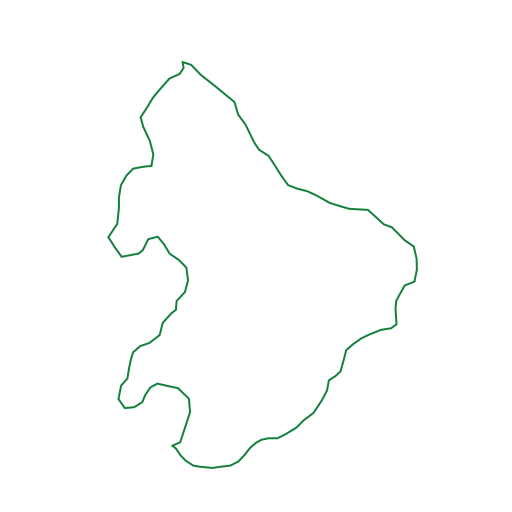 Jabrayil District, Cəbrayıl, Azerbaijan, rotated 261°
{"feature_id": "54616110B25171122868047", "entity_name": "Jabrayil District", "entity_type": "district", "adm_level": 2, "iso_a3": "AZE", "parent_name": "Azerbaijan", "parent_adm1": "Cəbrayıl", "projection": "natural_earth1", "projection_center": [46.975, 39.317], "detail": "fine", "context": "isolated", "style": "outline", "palette": "green", "viewbox_px": 512, "rotation_deg": 261, "n_neighbors": 0, "source": "geoboundaries", "source_scale": "gbopen_adm2", "svg_char_len": 1630}
<svg xmlns="http://www.w3.org/2000/svg" viewBox="0 0 512 512"><g transform="rotate(261 256 256)"><path d="M81.7,143.8L78.2,146.9L70.7,150.4L64.5,154.8L58.6,161.6L56.6,167.8L53.5,179.8L53.4,187.3L53.0,197.9L55.8,206.5L62.0,214.4L67.3,220.0L71.6,227.0L73.7,232.8L74.0,240.0L72.6,248.8L75.3,257.1L80.3,269.3L86.1,277.1L92.0,288.2L103.2,298.5L112.0,305.1L121.7,308.5L125.0,315.7L125.5,316.5L128.8,321.4L139.4,326.3L148.8,330.3L153.5,337.7L158.2,347.2L160.6,355.2L163.5,367.8L163.5,378.1L166.5,384.1L169.8,384.4L181.8,385.5L190.0,387.6L203.6,398.2L205.9,408.5L217.4,412.8L228.3,414.2L240.7,413.3L248.3,405.3L263.1,394.7L267.2,387.3L284.0,373.8L288.1,355.2L292.2,346.6L296.9,337.1L306.6,324.8L312.2,316.3L316.0,307.4L321.0,298.8L331.0,293.7L339.9,289.9L352.8,284.2L360.5,275.6L368.7,271.9L387.5,266.2L398.4,260.5L411.4,258.8L430.5,241.9L443.4,229.9L454.9,221.9L459.0,213.9L453.1,213.9L447.8,209.1L444.8,198.2L433.9,185.1L428.3,178.8L419.8,171.7L411.0,163.7L401.3,164.8L386.6,169.1L372.4,170.5L361.3,166.8L361.8,158.8L361.5,148.3L355.7,140.6L347.1,133.7L335.1,129.7L325.6,128.3L309.5,124.0L297.5,113.0L295.1,114.3L287.1,117.7L276.2,123.2L276.8,140.6L279.5,145.1L289.5,152.3L290.4,162.0L282.4,166.8L271.8,171.1L263.9,179.4L255.4,185.4L242.7,185.1L231.5,180.2L223.9,170.5L215.4,168.5L212.4,163.1L204.5,153.4L193.0,148.5L186.8,137.1L185.1,127.4L180.1,119.5L174.2,116.6L165.4,113.2L155.1,109.8L149.2,102.6L136.3,97.8L126.3,102.6L125.7,112.0L129.5,120.9L135.7,124.6L142.7,131.1L145.4,138.6L141.5,148.3L137.7,158.2L125.6,167.4L118.7,166.9L112.1,166.5L98.3,159.4L83.9,152.0L81.7,143.8Z" fill="none" stroke="#15803d" stroke-width="2"/></g></svg>